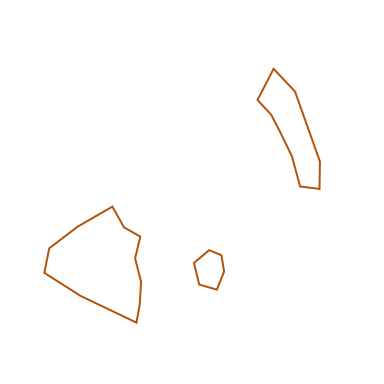 Balzers, Albers equal-area conic projection, rotated 16°
{"feature_id": "LIE-4894", "entity_name": "Balzers", "entity_type": "state/province", "adm_level": 1, "iso_a3": "LIE", "parent_name": "Liechtenstein", "parent_adm1": "", "projection": "albers", "projection_center": [9.549, 47.108], "detail": "fine", "context": "isolated", "style": "outline", "palette": "amber", "viewbox_px": 384, "rotation_deg": 16, "n_neighbors": 0, "source": "natural_earth", "source_scale": "10m", "svg_char_len": 507}
<svg xmlns="http://www.w3.org/2000/svg" viewBox="0 0 384 384"><g transform="rotate(16 192 192)"><path d="M174.6,332.9L113.4,322.6L72.3,310.4L70.3,285.5L91.6,256.8L119.5,228.0L136.4,244.7L154.6,249.2L155.6,271.5L167.8,292.3L172.8,314.7L174.6,332.9ZM236.5,51.1L263.3,67.0L306.6,127.5L313.7,153.9L294.4,156.9L278.2,130.1L260.9,110.8L246.8,95.9L229.6,85.5L236.5,51.1ZM224.5,243.2L237.7,244.7L244.8,259.6L242.8,279.0L224.5,279.0L213.4,259.6L224.5,243.2Z" fill="none" stroke="#b45309" stroke-width="2"/></g></svg>